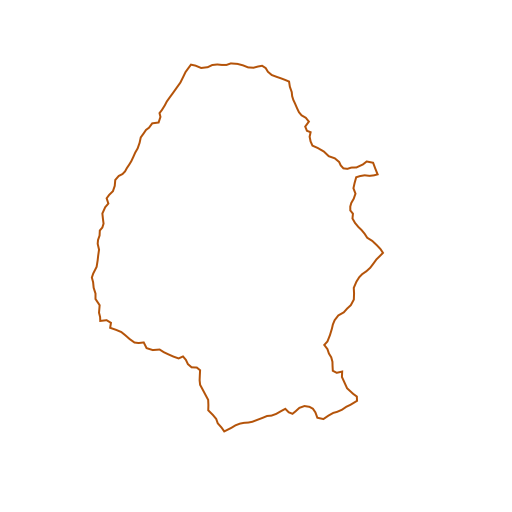 the district of Morro do Pilar, Minas Gerais, Brazil, rotated 120°
{"feature_id": "56859067B30206085478303", "entity_name": "Morro do Pilar", "entity_type": "district", "adm_level": 2, "iso_a3": "BRA", "parent_name": "Brazil", "parent_adm1": "Minas Gerais", "projection": "orthographic", "projection_center": [-43.405, -19.218], "detail": "fine", "context": "isolated", "style": "outline", "palette": "amber", "viewbox_px": 512, "rotation_deg": 120, "n_neighbors": 0, "source": "geoboundaries", "source_scale": "gbopen_adm2", "svg_char_len": 2978}
<svg xmlns="http://www.w3.org/2000/svg" viewBox="0 0 512 512"><g transform="rotate(120 256 256)"><path d="M124.5,191.5L120.5,196.6L116.7,201.2L118.8,207.4L123.3,209.2L129.1,213.3L131.8,217.7L134.8,220.4L136.4,224.1L135.2,227.9L133.0,231.0L132.0,236.6L133.2,242.9L131.6,249.4L131.6,256.6L132.2,262.3L129.5,266.0L125.9,269.2L121.5,270.6L122.1,274.5L119.3,278.1L113.2,277.4L111.4,282.0L111.4,286.9L110.0,290.7L107.6,294.2L104.4,298.5L102.1,301.8L99.5,304.6L96.2,307.0L92.5,311.3L88.4,314.6L89.0,319.2L89.7,323.5L90.5,327.5L91.4,332.9L90.5,337.8L88.4,341.6L88.2,345.8L90.9,349.0L94.2,352.3L96.6,357.1L97.4,362.6L98.9,368.1L101.8,374.1L105.3,377.1L107.7,381.3L109.5,385.3L112.5,389.4L116.6,392.2L120.6,397.5L121.4,403.6L122.8,408.0L128.1,408.6L131.9,409.0L137.2,408.6L143.6,408.2L149.7,408.8L156.1,409.4L162.5,410.1L166.8,410.5L171.2,410.3L176.7,410.5L180.5,411.0L183.3,408.3L189.1,407.1L193.0,412.2L198.4,412.8L201.8,414.3L206.0,414.6L210.9,415.1L216.2,413.4L222.0,412.3L226.8,412.3L231.5,411.8L236.3,411.4L240.3,411.5L244.5,411.8L248.2,411.7L251.8,412.6L255.3,414.9L260.5,415.9L265.9,413.4L271.4,412.3L276.4,413.7L280.7,414.2L284.4,410.1L289.1,411.0L296.0,410.3L300.0,407.4L304.2,404.2L308.2,403.3L312.0,404.0L316.5,401.7L321.2,400.8L324.6,399.2L329.0,395.1L334.5,392.9L339.1,390.9L345.1,388.6L352.6,388.2L356.7,387.4L360.1,384.0L364.7,380.7L368.8,376.2L373.5,373.5L376.8,366.8L383.6,363.6L386.8,360.5L390.1,358.4L386.3,353.3L386.4,348.2L391.1,346.4L389.9,340.1L389.2,334.6L390.0,329.5L391.1,324.0L391.7,318.0L390.1,314.2L387.0,310.0L390.5,304.7L389.1,298.4L385.2,292.7L385.4,287.7L385.0,282.8L384.4,277.2L383.4,271.8L379.5,269.0L381.0,264.8L383.7,260.9L384.6,256.1L382.2,251.5L382.9,247.3L387.8,244.8L391.8,242.7L395.5,240.0L398.4,235.3L401.9,229.7L404.5,225.5L408.9,222.7L413.5,220.2L415.2,213.9L417.0,209.0L420.0,205.5L421.8,200.1L423.8,195.8L417.1,191.4L412.9,189.1L409.2,186.1L406.5,183.0L404.1,179.4L401.4,176.3L397.2,172.9L392.8,169.3L389.0,166.4L386.5,162.8L382.7,159.6L377.4,156.5L373.7,154.2L375.0,149.5L374.4,145.5L370.8,144.1L365.8,142.5L361.7,139.0L359.9,134.3L359.8,130.4L361.7,126.4L365.4,122.0L363.5,116.1L357.9,113.4L353.2,110.6L350.5,107.9L346.2,104.7L341.4,102.4L337.8,99.9L334.2,97.9L330.9,96.1L327.3,98.4L326.8,103.0L325.9,107.0L325.0,111.0L321.5,115.9L317.8,121.1L313.0,123.6L316.8,127.7L317.0,132.1L313.0,134.7L309.4,136.9L306.1,140.2L304.0,144.1L300.9,147.6L298.9,152.4L294.3,151.4L287.5,152.4L281.1,153.9L276.8,155.2L272.2,155.8L266.3,155.0L260.9,151.8L256.0,150.8L251.2,149.3L244.8,149.5L239.5,152.3L234.7,155.4L228.0,156.2L222.8,156.0L218.7,155.0L213.8,152.7L209.1,151.2L203.5,150.5L198.7,150.0L194.4,148.8L189.8,147.6L187.8,151.6L186.2,156.9L184.8,162.9L184.6,168.8L182.4,173.1L180.7,177.7L179.7,181.8L177.9,186.7L175.3,191.2L170.9,193.2L169.4,197.1L166.0,199.1L162.4,200.0L157.6,200.0L152.3,201.0L148.6,205.5L143.5,207.1L137.7,208.6L134.8,205.9L131.8,202.3L129.8,197.7L127.2,194.2L124.5,191.5Z" fill="none" stroke="#b45309" stroke-width="2"/></g></svg>